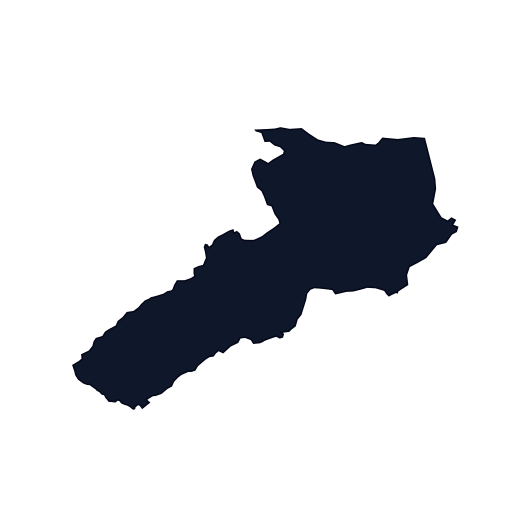 the district of Kato Lefkara, Larnaca, Cyprus, rotated 347°
{"feature_id": "46923920B54112432115071", "entity_name": "Kato Lefkara", "entity_type": "district", "adm_level": 2, "iso_a3": "CYP", "parent_name": "Cyprus", "parent_adm1": "Larnaca", "projection": "robinson", "projection_center": [33.345, 34.873], "detail": "fine", "context": "isolated", "style": "filled", "palette": "ink", "viewbox_px": 512, "rotation_deg": 347, "n_neighbors": 0, "source": "geoboundaries", "source_scale": "gbopen_adm2", "svg_char_len": 2766}
<svg xmlns="http://www.w3.org/2000/svg" viewBox="0 0 512 512"><g transform="rotate(347 256 256)"><path d="M385.2,324.1L386.3,321.9L397.2,318.0L398.2,308.4L402.8,300.8L411.2,298.6L421.1,295.7L428.8,289.8L434.5,285.5L444.0,285.3L451.4,278.6L456.6,277.2L458.9,273.2L454.2,270.0L458.2,265.9L455.0,263.1L450.7,265.3L444.9,260.4L439.7,245.0L445.9,230.9L447.4,221.0L446.5,179.4L436.5,176.3L420.3,174.6L405.8,169.8L401.2,173.4L397.6,175.1L387.6,172.0L384.5,169.4L372.6,169.3L366.8,169.6L357.9,163.4L349.6,161.0L342.1,156.9L334.9,149.4L328.9,142.3L317.2,140.4L308.6,136.7L303.3,136.8L295.9,135.6L284.0,133.4L284.3,134.0L289.5,136.9L290.1,141.7L290.6,146.2L295.5,147.1L299.2,151.9L304.4,154.9L307.6,159.9L305.8,163.1L294.2,166.5L288.7,168.9L281.8,162.7L276.1,164.3L271.4,170.5L271.4,176.8L272.3,183.6L273.0,189.2L276.5,193.6L277.8,199.8L278.8,208.4L282.9,210.7L284.1,219.1L286.7,225.6L286.8,229.9L279.5,233.3L277.3,234.1L272.0,236.1L266.7,238.6L261.3,239.8L257.5,240.5L253.8,239.7L248.1,238.2L245.3,236.1L244.7,230.7L242.7,228.0L239.5,228.8L239.4,225.5L235.6,225.9L228.3,228.0L223.6,229.1L219.1,231.5L216.1,235.5L211.9,237.4L211.0,234.4L209.3,233.5L207.8,235.7L207.9,240.1L207.5,246.9L205.8,249.0L203.6,252.3L202.3,253.5L198.1,253.5L193.0,254.5L192.0,258.6L191.8,262.1L187.3,263.6L181.0,264.3L173.7,262.6L170.1,266.4L167.8,270.0L165.8,271.2L161.9,271.0L157.4,272.6L150.5,273.1L144.2,273.3L142.2,274.2L139.8,274.6L138.1,274.9L133.8,277.4L130.3,280.1L124.4,282.7L117.7,282.2L112.5,286.2L107.1,288.7L104.1,292.8L96.8,294.7L92.2,296.4L88.5,300.1L81.8,300.5L79.1,303.1L76.9,307.3L72.1,311.2L64.1,313.0L63.6,317.2L60.1,319.1L53.1,321.3L53.7,327.5L53.7,331.2L55.4,336.1L59.4,340.8L62.7,343.0L65.3,343.8L70.5,349.8L70.9,350.8L73.5,353.3L74.9,355.8L77.3,357.0L77.9,360.0L79.2,362.3L80.0,364.3L82.5,365.1L86.1,366.4L88.4,365.1L90.6,365.9L92.1,368.9L94.1,370.4L97.6,372.5L99.5,374.3L101.9,377.4L103.3,377.4L104.0,375.8L107.7,373.9L109.8,375.7L111.0,378.6L112.9,377.7L119.0,374.7L117.9,373.4L116.8,371.1L123.9,368.7L126.8,369.1L132.9,368.4L139.6,364.9L144.4,363.6L147.4,359.6L152.2,356.4L156.3,354.5L163.7,353.0L167.3,353.7L170.8,353.4L174.2,349.7L183.5,344.9L187.8,343.4L191.9,343.7L194.5,341.4L198.2,339.5L202.2,342.7L207.1,339.9L210.8,337.8L218.8,336.0L222.1,332.1L227.2,332.7L232.6,336.3L234.0,340.4L240.1,341.2L242.6,340.8L245.3,339.9L249.7,339.3L255.0,338.7L257.9,338.6L260.8,341.1L263.5,340.9L265.0,338.3L263.3,335.9L265.9,336.2L271.1,336.7L273.8,335.0L278.4,332.9L281.8,326.8L286.5,323.1L294.4,309.7L296.9,303.8L301.1,300.5L305.6,299.8L310.9,301.4L316.2,303.2L323.2,305.8L325.0,310.6L336.4,310.6L342.8,311.8L351.7,311.6L357.3,311.3L365.5,313.7L373.6,318.3L375.1,322.2L376.6,324.6L379.4,323.8L385.2,322.6L385.2,324.1Z" fill="#0f172a" stroke="#020617" stroke-width="1.5"/></g></svg>